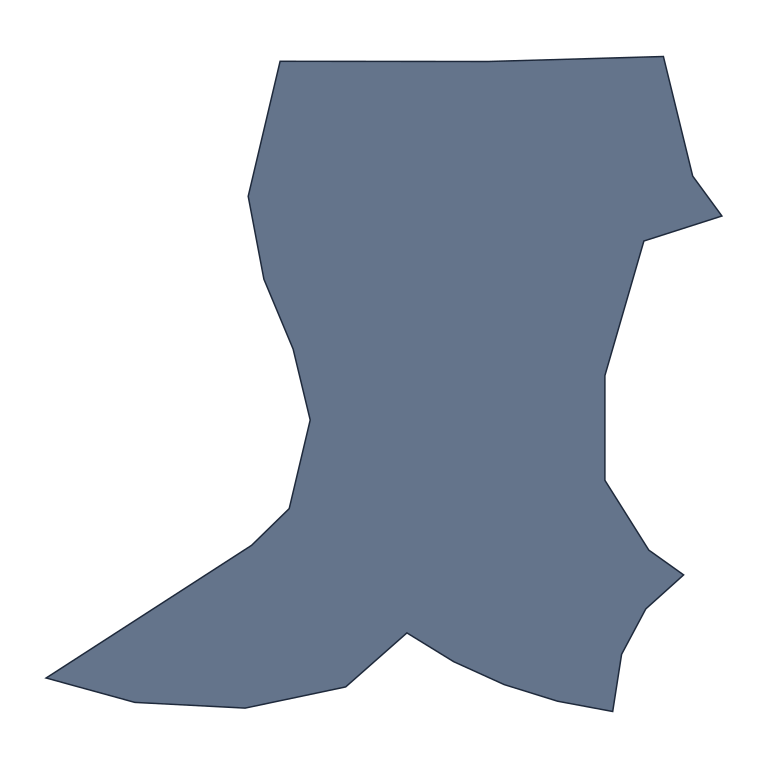 the border of Saint George
{"feature_id": "GRD-5072", "entity_name": "Saint George", "entity_type": "Parish", "adm_level": 1, "iso_a3": "GRD", "parent_name": "Grenada", "parent_adm1": "", "projection": "mercator", "projection_center": [-61.72, 12.057], "detail": "fine", "context": "isolated", "style": "filled", "palette": "slate", "viewbox_px": 768, "rotation_deg": 0, "n_neighbors": 0, "source": "natural_earth", "source_scale": "10m", "svg_char_len": 464}
<svg xmlns="http://www.w3.org/2000/svg" viewBox="0 0 768 768"><path d="M683.6,574.9L645.8,608.9L621.6,654.3L612.7,711.5L557.5,701.2L504.2,684.6L453.7,661.7L406.9,632.9L345.7,686.9L245.1,708.1L134.8,702.4L46.1,678.0L251.6,545.3L289.2,508.6L310.2,420.0L293.1,349.0L263.9,279.2L248.2,196.3L280.1,61.3L487.9,61.5L663.4,56.5L692.7,176.1L721.9,216.0L643.9,241.0L604.9,375.6L604.9,480.3L648.8,550.1L683.6,574.9Z" fill="#64748b" stroke="#1e293b" stroke-width="1.5"/></svg>